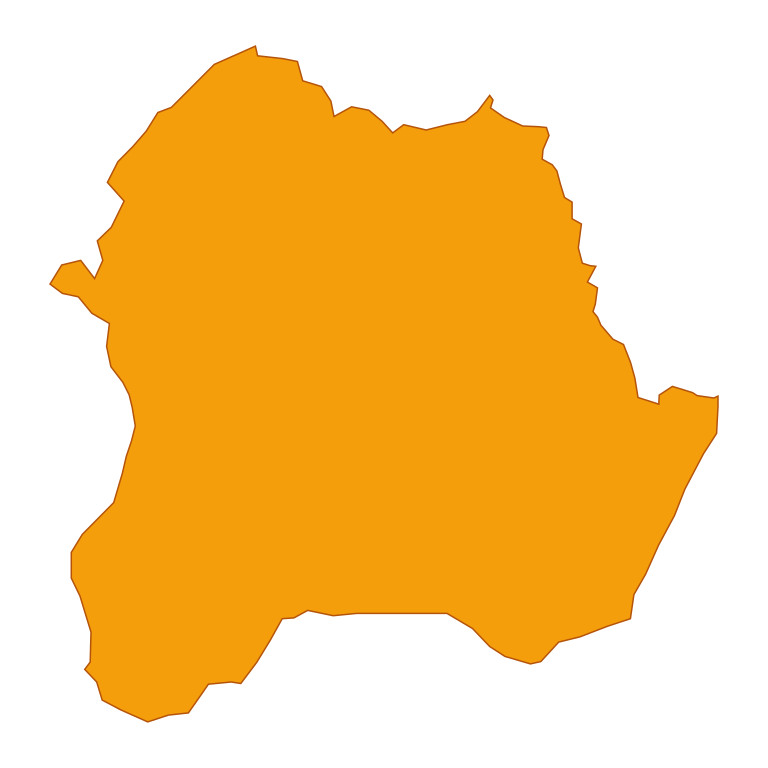 the district of Polemi, Paphos, Cyprus
{"feature_id": "46923920B23159624661255", "entity_name": "Polemi", "entity_type": "district", "adm_level": 2, "iso_a3": "CYP", "parent_name": "Cyprus", "parent_adm1": "Paphos", "projection": "equal_earth", "projection_center": [32.514, 34.884], "detail": "fine", "context": "isolated", "style": "filled", "palette": "amber", "viewbox_px": 768, "rotation_deg": 0, "n_neighbors": 0, "source": "geoboundaries", "source_scale": "gbopen_adm2", "svg_char_len": 1703}
<svg xmlns="http://www.w3.org/2000/svg" viewBox="0 0 768 768"><path d="M489.7,95.4L477.4,111.7L465.0,121.3L447.4,124.7L426.2,130.0L403.7,124.7L392.7,132.9L382.1,121.3L368.8,110.2L351.6,106.8L334.0,116.5L330.9,101.1L321.6,86.6L302.7,80.8L297.4,61.5L282.8,58.6L257.6,55.8L255.4,46.1L214.3,64.4L171.4,107.4L157.9,112.5L146.2,131.2L133.0,146.4L117.9,161.7L107.4,182.4L124.1,201.1L111.3,227.3L97.3,240.9L102.8,260.4L94.6,278.6L80.7,260.4L61.7,265.0L50.0,284.1L62.4,293.4L78.3,296.8L91.9,313.3L109.4,323.5L106.6,346.4L110.9,366.7L122.9,382.4L129.1,394.7L132.2,407.4L135.3,426.0L131.5,440.9L126.3,456.4L122.3,473.5L113.7,502.6L82.3,534.4L71.3,552.4L71.3,578.1L80.0,596.1L91.0,632.1L90.2,662.1L84.7,669.4L96.7,682.0L102.2,700.1L120.8,709.9L147.7,721.9L168.4,715.1L188.4,712.9L202.6,692.6L208.4,684.2L231.2,682.0L240.8,683.5L256.7,662.4L270.5,639.8L282.2,618.7L293.9,617.9L307.7,610.4L333.2,615.7L356.7,613.4L391.1,613.4L420.1,613.4L447.0,613.4L472.5,628.5L489.8,646.6L504.9,656.4L530.4,663.9L540.8,661.6L558.7,642.1L580.1,636.8L581.7,636.2L591.5,632.4L607.7,626.2L614.3,624.0L630.4,618.7L633.9,594.6L645.6,574.2L658.7,544.9L674.5,515.5L684.9,489.1L703.5,453.7L716.6,433.4L718.0,406.3L718.0,396.1L713.9,398.0L697.1,395.6L692.7,392.7L672.4,386.4L659.2,395.1L658.8,404.2L638.0,397.5L634.9,378.2L630.5,362.3L623.5,344.5L612.9,339.2L600.9,325.2L597.5,317.2L593.0,311.6L595.3,304.2L597.5,287.9L587.4,282.0L595.8,266.3L590.2,265.7L582.3,263.2L578.3,247.8L581.4,224.0L572.1,218.8L572.1,202.1L564.5,197.5L560.5,184.5L556.9,171.0L552.3,164.8L542.2,159.2L543.0,149.7L549.0,135.5L546.4,127.5L538.4,126.7L522.7,126.0L504.3,117.5L490.5,107.9L493.0,100.0L489.7,95.4Z" fill="#f59e0b" stroke="#b45309" stroke-width="1.5"/></svg>